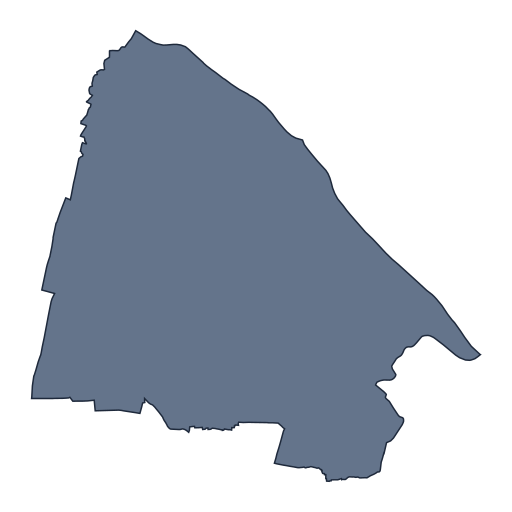 the district of Ke Sach, Sóc Trăng, Vietnam
{"feature_id": "81297802B85563269288439", "entity_name": "Ke Sach", "entity_type": "district", "adm_level": 2, "iso_a3": "VNM", "parent_name": "Vietnam", "parent_adm1": "Sóc Trăng", "projection": "orthographic", "projection_center": [105.945, 9.824], "detail": "fine", "context": "isolated", "style": "filled", "palette": "slate", "viewbox_px": 512, "rotation_deg": 0, "n_neighbors": 0, "source": "geoboundaries", "source_scale": "gbopen_adm2", "svg_char_len": 5877}
<svg xmlns="http://www.w3.org/2000/svg" viewBox="0 0 512 512"><path d="M302.5,140.0L295.8,138.1L291.4,135.7L286.8,131.8L284.2,129.0L278.5,122.3L275.7,118.5L272.6,114.1L270.2,111.2L268.8,109.9L265.6,106.6L262.8,104.2L260.3,102.2L256.9,99.7L252.8,97.1L249.4,95.3L247.7,94.0L239.1,89.4L231.0,84.0L225.1,79.5L222.9,78.2L215.7,72.6L211.6,69.7L206.5,65.8L203.7,63.3L203.0,62.4L192.8,53.2L189.6,50.2L187.7,48.5L185.4,46.7L180.7,45.0L176.8,44.4L173.5,44.4L166.6,45.0L163.2,45.1L160.2,44.5L156.0,43.5L152.9,42.1L148.3,39.2L141.1,34.0L135.7,30.7L131.3,38.7L128.7,41.8L124.9,47.0L124.2,47.1L123.0,46.9L122.6,46.9L121.7,47.1L121.3,47.4L120.9,47.8L119.7,49.6L119.4,50.0L118.7,50.4L118.3,50.6L117.2,50.7L112.7,50.5L110.6,50.7L110.0,50.6L109.5,51.0L109.5,55.5L109.4,57.3L104.7,60.3L103.9,63.5L104.5,69.4L103.5,69.9L103.1,70.0L102.3,69.8L101.2,69.8L100.2,70.0L98.4,71.1L96.8,72.1L97.2,74.5L95.3,74.9L94.7,75.3L93.3,77.4L92.7,80.9L92.1,82.9L92.0,83.7L92.3,86.1L92.0,86.3L90.9,86.5L90.5,86.6L90.0,87.0L89.6,87.5L89.1,89.1L89.0,90.3L89.6,93.3L89.8,93.6L90.2,94.1L92.4,95.3L91.2,97.1L90.9,97.4L89.8,98.3L88.1,100.5L86.6,101.5L86.5,101.8L86.6,102.0L90.5,103.9L90.9,104.1L91.0,104.5L90.7,105.4L90.4,106.9L90.1,107.4L89.3,107.9L88.6,109.5L88.4,109.6L87.5,112.8L86.7,115.3L86.0,115.9L83.3,119.0L82.8,119.9L81.9,120.7L81.2,121.0L81.0,122.3L80.9,123.6L85.8,125.3L86.4,125.9L86.1,126.7L81.8,133.4L80.8,135.1L80.5,136.1L82.4,136.8L83.2,137.0L83.9,137.0L84.7,138.7L84.8,140.8L85.1,141.4L85.4,141.7L85.5,141.6L85.8,142.4L86.1,142.8L86.4,143.3L86.4,143.8L86.2,143.9L85.8,143.8L82.5,142.7L82.2,143.4L81.8,144.4L80.4,151.2L81.0,151.5L81.4,152.1L81.7,153.1L82.1,153.6L82.8,154.1L83.0,154.6L82.8,155.1L82.6,156.1L82.1,156.4L81.3,156.6L80.9,156.8L78.9,158.5L78.4,160.8L75.4,175.3L74.0,181.5L73.8,182.0L71.3,195.3L70.3,199.8L65.8,197.9L65.0,199.9L60.1,212.6L58.1,218.5L57.9,218.9L57.9,219.3L57.8,219.5L57.7,219.8L57.6,220.0L56.8,222.3L56.1,223.1L55.9,224.0L53.1,237.4L53.1,238.7L51.9,246.5L50.1,255.4L50.0,256.2L48.3,261.2L47.2,264.8L46.6,267.2L41.8,290.0L54.6,293.5L52.1,298.6L51.1,301.8L48.7,313.9L46.4,326.1L44.2,337.8L42.3,346.7L41.2,352.8L40.7,355.1L40.2,356.2L38.2,361.9L35.9,370.0L34.4,374.8L33.8,376.1L32.4,385.8L31.8,396.7L31.6,398.5L52.8,398.5L54.6,398.4L62.5,398.3L66.2,398.1L68.7,397.9L69.6,397.4L69.9,397.3L72.8,401.2L77.6,401.1L82.8,401.1L87.7,400.9L94.2,400.2L95.2,410.8L118.8,410.1L121.4,410.4L124.0,410.9L135.2,412.6L139.9,413.4L141.7,406.9L142.6,403.0L144.8,402.5L144.6,401.1L144.6,398.5L148.1,402.2L149.3,403.3L151.0,404.3L152.2,404.7L152.8,405.1L154.8,407.1L155.9,408.5L158.8,412.0L162.3,416.6L162.7,417.2L163.2,418.5L164.2,420.5L165.7,422.7L166.8,424.7L167.6,426.4L169.0,428.0L169.8,428.7L170.8,429.1L178.6,429.5L180.1,429.5L182.5,428.9L183.1,429.0L183.9,429.2L184.8,429.5L185.7,430.0L186.9,430.8L188.7,432.3L189.4,430.4L189.7,426.9L192.6,426.5L194.5,426.4L194.8,427.8L198.7,427.7L202.2,427.4L202.7,429.5L205.1,429.2L206.0,428.2L207.9,428.0L208.1,429.5L208.8,429.4L209.8,429.4L210.6,429.2L211.3,428.9L212.2,428.2L215.2,428.5L216.4,428.8L218.8,429.2L220.8,429.7L222.4,429.9L222.4,430.4L223.1,430.3L223.6,430.1L224.2,429.6L224.4,429.0L228.2,429.7L230.0,429.7L231.6,430.1L231.7,429.1L231.8,427.6L232.9,427.7L234.3,427.6L234.4,425.9L235.0,425.8L235.2,425.1L236.7,425.1L238.5,425.3L238.2,423.5L238.7,422.2L243.3,422.5L248.9,422.3L253.2,422.4L267.0,422.6L268.9,422.8L272.8,422.8L278.1,423.1L281.6,426.1L282.9,427.5L284.6,428.8L283.6,430.8L283.2,432.1L280.6,441.7L279.0,447.3L276.9,454.0L275.9,458.2L274.4,463.2L276.7,463.8L283.3,465.1L286.4,465.6L290.1,466.3L293.8,466.9L297.4,467.6L299.0,467.7L300.8,467.5L302.3,467.4L303.2,467.2L303.8,467.1L304.4,467.2L304.7,467.5L305.2,467.8L305.7,467.8L306.3,467.7L306.8,467.4L308.9,467.2L310.8,466.6L312.7,467.0L313.7,467.3L315.3,467.6L316.7,468.1L317.9,468.1L318.3,467.9L318.7,467.9L319.4,468.5L319.9,468.8L320.2,469.3L320.7,469.6L321.3,469.6L321.5,469.6L322.0,470.6L321.6,470.7L321.9,471.4L322.3,472.7L322.7,473.4L323.5,473.6L324.4,473.6L324.5,474.7L325.8,474.7L325.8,478.6L326.4,478.7L326.6,481.1L329.3,481.3L329.9,480.9L331.2,480.8L331.4,479.9L334.1,479.8L337.8,479.8L341.4,478.6L341.7,479.7L342.1,479.5L342.4,479.4L344.5,479.5L345.6,479.4L347.9,477.4L349.3,476.8L352.6,477.0L353.7,476.9L355.6,477.3L356.1,477.3L357.0,477.1L357.9,477.1L358.2,477.2L359.5,477.8L359.9,477.9L364.9,477.7L367.0,477.8L370.5,475.7L373.7,474.3L375.9,473.1L377.4,472.0L379.1,471.9L379.9,471.2L380.2,470.3L380.4,469.0L381.2,462.2L382.2,459.1L383.9,453.0L384.1,453.2L386.5,442.8L386.6,442.6L390.6,440.9L393.5,438.0L402.2,424.7L403.2,422.5L403.6,421.1L403.5,419.0L403.1,418.2L402.6,417.7L399.5,416.6L398.1,415.1L393.3,407.9L389.3,401.4L386.3,398.8L385.9,398.4L385.5,397.6L385.4,397.4L385.4,397.1L386.3,394.6L386.2,394.3L385.8,393.7L384.0,391.9L375.6,385.0L376.1,383.8L376.8,382.4L377.1,382.1L379.3,381.1L380.7,380.6L382.6,380.2L383.9,380.0L385.0,380.0L389.8,380.1L391.3,379.8L392.6,379.2L394.3,377.8L395.0,376.8L395.5,376.0L395.8,374.9L395.8,374.5L392.4,369.0L391.8,366.7L391.7,366.1L392.6,364.5L394.7,361.4L396.3,358.8L397.8,357.5L400.5,355.9L401.4,355.1L402.4,353.6L403.1,352.2L404.0,350.0L404.7,348.9L405.7,347.9L406.4,347.3L408.2,346.8L410.9,346.9L412.5,346.4L413.6,345.7L414.5,344.9L416.5,342.8L421.2,337.2L422.2,336.3L424.6,335.6L427.9,335.4L430.1,335.8L433.5,337.4L434.9,338.4L443.2,344.7L455.7,355.1L459.6,357.7L465.5,360.0L469.7,360.3L471.2,360.0L474.9,358.7L477.5,356.9L480.4,354.6L479.9,354.3L471.3,346.3L464.8,337.5L460.5,331.0L454.5,322.6L451.9,319.8L447.6,314.2L442.1,305.9L436.6,299.2L434.3,296.7L432.0,294.5L426.8,290.5L416.7,281.2L406.8,272.2L398.9,265.0L392.2,259.3L385.7,253.0L378.9,245.6L372.5,238.8L365.5,232.2L350.0,214.4L346.6,210.3L343.0,205.4L339.6,201.3L337.6,198.8L334.7,193.4L332.6,188.0L331.3,182.9L329.9,178.1L328.0,173.7L325.9,170.4L317.4,161.1L311.4,153.9L307.6,149.2L304.3,144.7L302.5,140.0Z" fill="#64748b" stroke="#1e293b" stroke-width="1.5"/></svg>